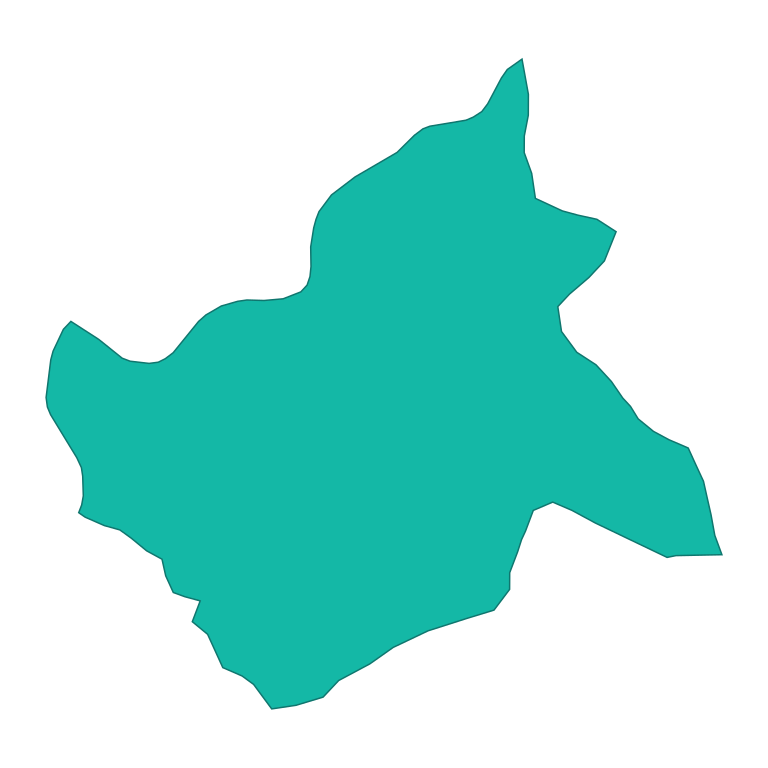 Nyongwon, P'yŏngan-namdo, North Korea (Albers equal-area conic projection)
{"feature_id": "82179303B95281313978448", "entity_name": "Nyongwon", "entity_type": "district", "adm_level": 2, "iso_a3": "PRK", "parent_name": "North Korea", "parent_adm1": "P'yŏngan-namdo", "projection": "albers", "projection_center": [126.614, 39.977], "detail": "fine", "context": "isolated", "style": "filled", "palette": "teal", "viewbox_px": 768, "rotation_deg": 0, "n_neighbors": 0, "source": "geoboundaries", "source_scale": "gbopen_adm2", "svg_char_len": 1539}
<svg xmlns="http://www.w3.org/2000/svg" viewBox="0 0 768 768"><path d="M70.9,321.4L63.4,329.3L53.1,351.1L50.8,359.7L46.1,397.5L47.4,407.0L49.3,411.6L50.6,414.7L76.8,457.7L81.4,467.6L82.7,476.2L83.3,495.9L81.7,504.9L78.7,512.7L85.2,517.2L104.4,525.6L119.8,529.9L131.3,538.2L146.6,550.8L162.0,559.2L165.7,575.8L173.3,592.5L184.8,596.7L200.2,600.9L192.3,621.7L207.6,634.3L215.2,650.9L222.8,667.6L242.1,676.0L253.6,684.4L271.7,708.9L296.0,705.3L323.1,697.1L338.7,680.5L369.8,663.9L393.2,647.4L428.1,630.8L466.9,618.4L494.0,610.1L509.6,589.4L509.7,572.7L517.6,551.9L521.6,539.5L525.5,531.1L533.3,510.4L552.7,502.1L572.0,510.4L595.1,522.9L629.7,539.5L667.1,557.4L676.0,555.6L721.9,554.7L717.9,543.8L714.8,535.4L711.0,514.6L707.2,497.9L703.5,481.3L695.8,464.7L688.2,448.0L668.9,439.7L653.5,431.4L638.2,418.9L630.5,406.4L622.8,398.1L611.4,381.5L596.0,364.8L576.8,352.3L561.5,331.5L557.8,306.6L569.5,294.1L588.9,277.5L604.4,260.9L616.1,231.7L596.9,219.3L577.7,215.1L562.3,210.9L535.4,198.4L531.7,173.4L524.2,152.6L524.3,136.0L528.3,115.2L528.4,94.4L522.0,59.1L507.3,69.5L501.4,78.0L487.7,103.8L481.8,111.6L473.3,117.1L466.0,120.2L429.9,126.2L423.0,128.8L414.5,135.2L397.1,152.4L355.1,176.9L331.5,194.9L319.0,211.6L316.0,219.4L313.7,227.9L310.7,246.9L311.0,266.6L310.0,276.5L307.1,285.1L300.8,291.9L283.1,298.8L264.0,300.5L246.9,300.0L237.7,301.3L221.3,306.0L205.8,315.0L205.3,315.5L198.6,321.4L173.2,352.7L165.3,358.7L158.3,362.2L149.1,363.4L130.1,361.2L122.2,358.2L98.6,339.3L70.9,321.4Z" fill="#14b8a6" stroke="#0f766e" stroke-width="1.5"/></svg>